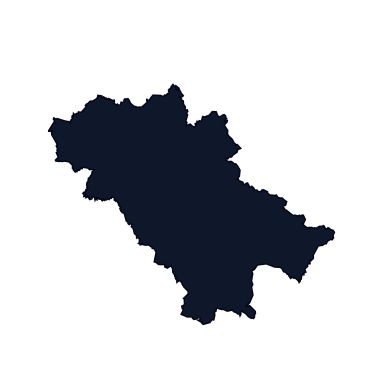 outline of Coalcomán de Vázquez Pallares, Michoacán, Mexico, rotated 146°
{"feature_id": "50627088B67136120570022", "entity_name": "Coalcomán de Vázquez Pallares", "entity_type": "district", "adm_level": 2, "iso_a3": "MEX", "parent_name": "Mexico", "parent_adm1": "Michoacán", "projection": "robinson", "projection_center": [-103.069, 18.673], "detail": "fine", "context": "isolated", "style": "filled", "palette": "ink", "viewbox_px": 384, "rotation_deg": 146, "n_neighbors": 0, "source": "geoboundaries", "source_scale": "gbopen_adm2", "svg_char_len": 6046}
<svg xmlns="http://www.w3.org/2000/svg" viewBox="0 0 384 384"><g transform="rotate(146 192 192)"><path d="M96.4,79.0L96.5,81.4L98.4,83.6L98.2,84.6L99.2,86.3L100.7,86.1L101.8,86.8L101.6,90.5L104.1,91.1L105.3,92.2L109.4,92.6L110.3,93.7L110.9,93.1L112.6,95.8L114.3,96.4L114.6,97.2L115.5,96.9L116.5,98.1L117.6,100.6L118.1,104.1L117.0,103.7L113.4,105.8L112.7,110.6L113.6,111.3L114.2,110.8L115.2,111.3L116.0,112.7L117.4,112.7L119.9,115.5L121.3,115.8L124.1,124.5L124.8,124.9L125.1,126.2L124.4,126.8L125.6,128.5L124.4,129.3L121.8,128.7L118.9,131.1L119.9,133.7L120.3,133.6L120.4,136.3L123.6,138.9L123.8,142.4L124.8,142.5L129.0,145.9L130.1,148.6L129.2,150.0L131.7,154.1L133.4,154.5L134.7,153.8L136.7,154.9L137.0,157.2L139.0,158.4L138.6,160.5L139.2,163.3L141.4,163.3L140.9,168.4L142.7,169.0L144.0,168.5L144.9,169.4L144.4,171.7L145.8,173.9L146.9,174.2L146.3,176.8L147.6,177.6L144.0,178.5L140.0,183.3L139.7,187.8L140.0,190.9L141.2,191.5L141.7,193.9L142.7,195.8L143.4,195.7L143.0,196.5L143.6,196.0L144.6,196.5L146.2,199.4L144.9,200.7L144.0,199.4L141.4,200.2L140.3,199.1L139.2,199.0L137.6,199.7L132.4,199.8L130.5,201.5L127.2,200.9L128.0,206.1L129.7,206.9L129.2,208.1L129.7,208.8L129.2,213.5L130.2,217.5L130.2,220.1L128.0,223.1L127.9,228.5L127.1,229.7L124.1,230.3L122.6,231.6L123.0,232.2L125.4,232.0L125.1,233.7L122.3,233.8L122.6,234.4L121.6,236.1L122.1,238.2L122.8,238.5L127.1,238.7L128.0,240.8L127.1,245.0L130.2,247.3L134.9,246.0L139.6,247.2L140.9,248.6L144.7,245.4L146.2,247.1L147.2,246.3L148.3,247.0L148.3,247.7L149.5,247.0L149.5,246.3L151.4,246.7L151.3,245.3L153.6,244.3L154.9,246.5L155.5,249.3L159.2,250.3L158.9,251.6L157.3,252.4L157.5,254.2L152.5,258.5L152.7,260.4L150.5,261.1L150.0,262.7L150.9,263.0L151.4,264.8L150.0,266.1L149.9,269.6L148.3,272.4L149.4,274.1L148.5,275.4L149.1,277.3L146.4,276.4L145.3,276.8L145.8,280.2L145.2,282.1L147.6,285.6L146.1,285.6L145.0,284.5L144.8,285.6L146.0,289.2L147.3,288.3L147.6,291.8L150.7,290.8L150.7,290.1L154.0,289.9L153.9,289.2L155.0,288.9L155.4,287.1L156.4,286.6L157.4,287.3L159.3,286.5L160.4,287.7L161.6,287.1L162.9,287.8L163.9,289.5L170.2,294.1L174.1,293.0L174.6,292.2L177.4,292.4L177.6,294.8L177.8,293.6L178.7,292.9L178.1,292.1L178.7,291.4L186.5,290.5L188.2,292.0L189.3,292.1L192.3,295.9L193.3,299.7L192.7,304.6L193.1,305.2L196.0,306.8L197.3,306.0L197.8,304.6L199.8,305.2L200.5,306.1L202.8,304.2L204.2,304.8L204.7,306.6L206.2,306.8L207.1,309.5L205.8,310.2L205.2,311.7L206.7,312.3L208.3,315.4L209.5,314.8L209.3,316.1L210.2,315.9L210.5,317.6L211.8,317.7L211.4,318.7L212.2,320.4L213.1,320.3L213.8,321.5L213.1,322.0L214.2,323.3L215.2,323.3L215.3,324.3L216.1,324.7L217.4,323.2L219.7,322.7L223.6,322.9L225.8,324.3L228.8,323.5L230.3,323.9L232.0,323.3L231.7,322.7L232.7,321.7L238.7,320.1L239.9,320.4L241.3,321.9L243.1,320.8L243.9,321.7L245.1,321.5L246.3,322.4L246.4,323.3L247.7,321.6L248.5,322.2L249.8,321.0L249.3,320.4L249.7,319.8L252.3,319.3L254.3,317.3L254.6,319.1L257.1,321.3L262.6,328.1L262.9,327.8L264.8,329.5L265.1,331.3L265.3,330.3L266.2,329.9L266.0,328.9L266.8,327.3L276.3,323.1L276.8,322.5L273.5,320.3L275.3,319.7L276.3,317.5L277.1,306.9L278.8,306.1L279.1,303.8L279.9,302.3L280.6,302.2L281.1,300.2L282.5,300.4L283.4,295.6L287.4,294.8L287.6,293.9L284.8,291.4L284.0,291.4L282.7,289.9L280.2,288.8L277.1,285.7L276.1,280.8L277.8,278.7L277.1,277.4L278.0,276.9L277.6,273.8L276.3,274.1L276.0,273.2L274.4,274.0L273.3,273.0L270.7,273.8L269.9,272.8L269.0,273.9L264.8,269.9L264.5,267.9L261.8,266.4L260.7,265.0L263.5,264.7L265.1,262.8L269.1,261.2L270.1,261.4L272.5,258.7L273.4,258.8L275.4,256.8L275.6,255.5L276.6,254.8L276.0,253.4L278.6,253.3L278.7,252.3L280.0,252.4L280.3,251.4L281.5,251.0L281.7,252.2L283.2,251.9L283.2,249.6L284.2,248.8L282.6,248.2L281.9,249.5L280.7,248.4L283.2,246.7L281.9,246.2L280.7,246.8L280.1,245.9L281.0,244.7L281.0,242.9L278.7,242.3L277.3,244.0L275.8,242.1L276.9,239.5L275.8,240.2L275.2,238.6L273.6,240.4L273.0,238.0L270.3,236.1L271.5,235.4L271.3,234.8L269.8,235.1L269.2,233.8L267.8,234.0L267.2,233.2L265.7,233.5L264.8,232.0L263.4,232.8L262.5,231.9L261.5,232.8L259.6,230.8L261.0,228.5L259.8,227.9L260.3,226.9L259.5,226.7L259.2,225.6L259.7,224.7L258.6,223.7L260.1,222.4L259.8,219.0L261.0,218.7L261.6,216.2L261.3,213.8L260.1,212.4L262.7,204.7L262.0,202.9L262.7,201.5L262.3,200.1L260.8,200.1L259.8,198.7L261.7,197.2L261.2,194.5L263.0,189.6L262.2,187.1L263.7,184.7L261.9,184.5L262.1,182.0L264.3,179.3L265.1,179.2L264.3,178.4L264.5,177.2L263.7,177.4L263.3,176.7L262.2,177.2L262.2,176.0L260.7,174.3L257.2,172.0L256.9,170.1L255.9,168.9L256.5,167.6L255.0,166.0L255.5,162.0L262.4,155.2L261.1,153.6L260.3,150.7L255.2,147.0L256.4,145.0L254.9,144.4L255.8,144.0L255.0,142.7L250.6,142.6L251.0,139.2L252.8,136.1L252.8,133.0L253.5,131.6L252.8,130.0L254.0,129.8L254.1,127.0L255.0,125.5L252.2,125.8L251.6,124.6L251.1,122.4L251.7,121.1L251.8,117.5L250.7,111.8L252.3,109.6L258.5,108.5L258.2,107.9L260.5,103.8L262.0,102.6L264.3,103.1L265.3,100.6L264.5,100.2L265.5,98.9L269.4,96.7L265.8,91.1L261.6,88.3L262.2,87.1L261.7,85.3L258.8,84.0L256.9,84.4L255.7,82.7L256.3,81.5L258.7,82.2L257.4,79.5L256.7,79.2L257.2,78.4L256.8,76.0L250.2,73.8L246.9,75.0L245.5,73.8L241.9,77.2L240.7,79.9L238.9,79.7L236.6,82.2L233.4,78.3L231.5,77.0L229.4,73.5L224.7,71.6L224.3,69.4L222.6,67.1L222.3,65.4L220.9,64.4L221.5,62.4L219.8,63.3L219.1,65.0L216.9,65.4L217.2,64.7L215.5,61.3L214.9,57.0L213.5,54.1L212.5,54.0L211.7,52.7L210.2,53.3L208.5,55.6L207.4,55.7L206.3,57.8L207.8,65.6L210.1,66.1L211.0,67.1L208.0,67.5L207.8,68.2L206.4,67.8L199.1,72.5L195.8,79.9L193.4,81.3L192.4,85.0L187.3,90.4L186.8,93.2L183.6,92.9L178.6,94.9L170.6,90.9L165.5,83.7L161.6,80.7L160.2,78.8L160.7,74.7L159.4,73.4L158.9,70.3L157.9,69.1L158.6,68.4L158.6,65.2L155.9,65.0L155.8,63.7L154.5,62.8L153.5,59.0L153.8,57.1L151.9,57.7L151.4,59.4L150.2,58.7L148.2,61.0L146.2,61.7L145.6,60.8L144.2,62.3L142.4,61.9L141.8,65.0L137.7,65.7L137.2,66.9L135.8,67.6L134.3,66.5L132.4,69.5L131.8,68.5L128.5,69.1L126.7,71.9L117.5,76.7L113.5,74.8L110.9,74.9L109.8,74.0L107.2,75.4L103.9,75.3L102.5,74.0L100.2,74.9L99.6,76.9L96.4,79.0Z" fill="#0f172a" stroke="#020617" stroke-width="1.5"/></g></svg>